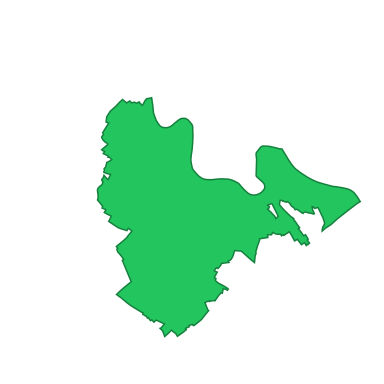 the district of Tien Lu, Thái Bình, Vietnam, rotated 230°
{"feature_id": "81297802B93646092032264", "entity_name": "Tien Lu", "entity_type": "district", "adm_level": 2, "iso_a3": "VNM", "parent_name": "Vietnam", "parent_adm1": "Thái Bình", "projection": "orthographic", "projection_center": [106.119, 20.668], "detail": "fine", "context": "isolated", "style": "filled", "palette": "green", "viewbox_px": 384, "rotation_deg": 230, "n_neighbors": 0, "source": "geoboundaries", "source_scale": "gbopen_adm2", "svg_char_len": 5950}
<svg xmlns="http://www.w3.org/2000/svg" viewBox="0 0 384 384"><g transform="rotate(230 192 192)"><path d="M126.2,77.0L124.0,76.9L123.9,77.7L120.1,77.5L119.9,79.0L116.7,79.2L116.9,82.2L108.7,86.1L108.2,83.3L107.8,81.7L107.8,80.7L108.1,79.9L104.3,80.2L98.8,78.2L99.0,83.5L99.4,87.4L97.3,87.7L94.8,88.4L93.8,88.5L90.8,88.1L90.2,95.7L90.2,99.2L91.7,99.3L91.3,101.0L90.6,103.2L91.5,103.5L91.0,105.8L90.4,107.2L89.1,107.1L88.8,107.7L88.4,107.7L88.2,113.3L88.2,117.1L90.0,126.1L90.4,128.5L91.2,128.4L92.6,128.7L98.9,130.8L98.5,132.6L97.8,135.0L97.0,134.8L96.3,136.4L95.0,138.7L94.8,139.0L94.3,139.3L93.9,139.5L95.4,145.2L96.1,149.3L96.1,149.6L95.0,150.2L97.9,153.8L95.3,155.5L93.9,156.1L94.4,157.4L95.5,157.3L98.0,156.5L100.3,155.7L102.1,154.9L104.1,154.1L106.0,153.5L107.5,153.2L108.7,153.1L109.2,153.1L109.5,153.3L110.3,154.7L111.9,154.0L112.7,155.5L114.4,159.8L116.5,158.8L117.4,158.6L117.8,159.7L118.1,160.7L118.2,162.1L116.8,162.6L116.7,162.7L116.7,163.1L116.8,163.9L117.2,165.6L117.4,166.8L117.5,167.2L117.9,167.8L118.3,168.5L117.2,170.5L114.3,175.0L115.2,175.1L115.8,175.4L115.3,176.9L115.2,177.9L115.4,179.1L115.7,180.1L116.3,181.5L117.0,182.8L118.0,184.4L119.7,187.0L115.0,191.8L102.9,193.5L97.8,194.5L100.0,196.8L102.1,198.9L102.7,199.7L103.4,201.0L103.8,201.6L105.7,202.9L106.1,203.9L108.5,207.4L111.5,212.6L112.7,213.7L109.8,218.5L108.4,220.9L110.6,222.3L109.5,223.9L108.1,225.4L109.2,227.7L106.8,228.8L105.6,229.6L104.4,230.7L102.7,232.6L102.6,232.8L100.9,232.4L100.8,234.4L99.7,234.4L99.0,241.0L96.0,240.6L93.8,240.2L88.6,239.1L88.0,242.3L81.9,242.0L81.3,242.0L80.9,245.6L79.8,245.5L77.7,245.1L78.1,246.6L77.2,246.7L77.3,249.1L78.3,249.3L81.1,249.4L81.2,250.7L86.3,251.5L86.7,249.4L92.5,249.9L95.5,249.8L95.4,250.4L95.4,251.5L100.3,251.8L101.3,252.0L102.6,252.1L105.8,252.2L106.2,252.9L107.4,252.5L110.6,251.8L115.7,251.3L116.7,251.1L120.8,250.9L126.0,250.8L128.3,253.3L129.0,254.2L126.7,256.2L126.4,255.8L126.2,255.9L123.4,257.9L123.4,258.2L123.6,258.7L123.2,258.9L121.6,259.4L119.4,259.8L119.1,259.2L116.2,259.3L115.0,259.9L112.1,259.6L111.5,261.1L110.8,261.4L108.1,262.2L106.1,262.6L105.2,262.8L105.1,263.0L104.2,263.4L104.4,264.0L104.4,264.5L104.2,265.3L103.9,265.9L102.4,267.0L100.8,268.0L100.2,268.5L99.7,269.3L99.2,269.5L97.0,270.9L97.0,271.1L96.7,271.8L99.6,272.6L101.1,273.1L103.5,274.5L102.8,275.2L102.5,275.4L100.8,275.4L100.5,275.6L99.3,278.3L99.2,278.4L98.8,278.5L96.1,277.8L93.4,277.1L87.9,275.7L85.1,274.6L83.2,273.7L82.5,273.2L82.1,272.5L81.7,271.2L80.9,269.4L79.6,267.7L78.4,266.6L78.5,270.8L77.7,277.7L77.9,284.1L78.0,285.4L78.0,286.9L77.5,300.9L77.1,310.9L76.5,314.7L82.0,315.5L87.7,315.7L91.4,314.7L93.1,313.9L95.2,312.6L98.5,310.0L102.8,306.3L106.1,303.2L113.6,298.0L118.9,294.5L123.6,292.1L129.3,289.9L137.2,287.5L143.5,286.1L145.9,286.0L149.7,286.1L154.3,286.6L167.1,288.6L168.6,287.0L172.3,284.4L177.7,280.2L181.2,276.4L182.1,275.0L182.2,273.9L182.2,273.0L180.9,267.1L180.6,266.3L180.0,265.6L179.3,265.0L175.4,262.4L172.6,259.9L166.0,254.0L163.4,251.7L162.7,251.4L161.7,251.4L156.2,252.2L153.1,252.5L151.8,252.4L150.6,251.9L149.3,251.2L148.3,250.2L147.9,249.3L147.4,247.8L147.1,244.9L147.4,242.7L148.4,239.6L149.6,237.7L150.8,236.5L152.1,235.4L153.8,234.6L155.4,234.1L160.0,233.5L163.9,233.3L167.8,233.3L169.3,233.0L172.8,231.6L175.0,230.5L178.2,228.4L180.0,226.5L183.4,222.7L185.7,219.6L188.6,215.2L191.4,211.9L192.8,210.6L194.8,209.1L195.7,208.6L196.8,208.2L199.8,207.4L202.8,207.2L206.5,207.1L208.5,207.2L209.4,207.4L210.7,207.9L212.4,208.8L215.1,210.3L217.3,211.7L219.0,213.4L220.6,215.0L224.2,219.1L228.6,223.5L233.9,228.4L235.1,229.4L239.3,232.6L239.5,232.9L241.8,234.6L242.8,235.1L244.0,235.4L249.2,235.4L250.3,235.2L252.3,234.4L252.8,234.1L254.4,232.2L255.3,230.7L255.6,229.3L255.8,227.9L255.9,223.0L255.8,219.6L256.0,217.8L256.4,216.2L257.3,214.3L258.0,213.4L259.5,211.8L260.3,211.1L261.8,210.3L263.0,210.0L264.3,210.0L267.0,210.2L269.0,210.5L270.4,210.8L276.2,212.9L277.2,213.3L278.7,214.3L283.1,217.3L290.2,221.7L290.8,220.3L292.5,217.4L292.5,216.9L292.4,215.6L291.9,214.0L290.3,210.2L290.5,209.6L290.9,209.4L291.7,209.3L292.2,209.5L292.7,209.5L293.4,209.1L293.8,209.1L294.5,209.6L294.9,209.4L295.3,208.8L295.3,207.2L295.8,206.7L297.3,205.9L298.0,205.3L298.3,204.9L299.2,202.9L301.7,202.9L302.3,199.2L307.5,198.3L307.3,194.1L306.7,189.4L306.4,181.2L304.4,175.0L300.8,171.1L298.4,172.6L294.8,161.6L293.9,161.5L293.1,161.2L292.8,160.8L292.5,158.8L292.1,158.1L291.6,157.8L289.8,157.4L288.5,157.3L286.2,157.5L283.8,158.3L282.8,158.3L282.5,157.3L282.5,151.7L282.4,149.9L280.9,150.3L279.2,151.1L278.4,148.7L275.9,150.0L274.0,150.7L273.3,150.8L272.6,150.0L271.6,151.1L268.3,151.3L268.8,148.1L269.4,145.7L266.7,142.0L266.5,141.3L266.5,140.2L266.4,139.7L264.9,138.8L264.7,138.5L264.0,137.2L263.1,137.5L261.0,138.6L259.9,139.4L257.9,140.8L256.8,138.9L255.9,136.8L255.5,135.6L259.2,135.3L261.4,135.3L260.7,134.2L259.9,133.2L259.9,132.0L259.7,131.3L259.3,130.7L258.7,130.3L258.1,130.3L257.4,130.5L256.2,129.1L255.6,128.0L255.5,127.3L255.6,124.3L255.3,122.5L254.8,121.4L253.9,120.5L253.4,120.2L249.5,117.7L247.4,115.8L246.7,114.5L245.7,114.5L239.5,114.4L238.8,114.5L237.4,112.8L234.5,114.4L234.0,114.6L233.7,114.5L233.6,114.4L232.7,111.6L228.9,113.1L225.5,114.6L224.0,111.7L223.0,109.3L214.7,111.7L212.5,112.4L210.7,113.2L204.3,117.3L205.2,119.9L201.9,120.7L200.7,120.9L199.5,114.4L199.0,112.9L198.8,107.9L198.9,99.0L196.7,99.0L196.6,98.0L196.5,97.8L196.2,97.5L195.5,97.2L193.7,96.6L190.0,96.7L186.8,96.6L184.3,96.3L184.3,95.4L184.4,94.7L162.2,87.7L162.4,85.2L162.4,81.6L162.5,79.7L162.4,74.0L162.0,68.3L158.7,69.1L157.0,69.6L148.5,71.1L143.2,72.4L132.3,76.1L130.7,76.8L129.9,75.7L126.2,77.0ZM130.3,238.8L130.2,240.5L130.3,240.8L130.8,241.6L131.1,241.8L131.4,241.8L132.0,241.7L133.0,241.3L133.3,241.4L133.1,242.4L132.3,244.6L131.7,245.7L131.0,245.6L117.9,242.4L117.9,239.1L120.1,239.8L120.6,239.8L121.2,239.8L122.4,239.6L124.2,239.6L127.2,239.4L130.3,238.8Z" fill="#22c55e" stroke="#15803d" stroke-width="1.5"/></g></svg>